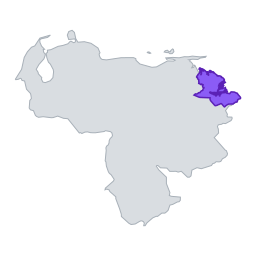 Venezuela, with Delta Amacuro highlighted
{"feature_id": "VEN-65", "entity_name": "Delta Amacuro", "entity_type": "State", "adm_level": 1, "iso_a3": "VEN", "parent_name": "Venezuela", "parent_adm1": "", "projection": "orthographic", "projection_center": [-61.33, 8.902], "detail": "fine", "context": "in_parent", "style": "filled", "palette": "violet", "viewbox_px": 256, "rotation_deg": 0, "n_neighbors": 0, "source": "natural_earth", "source_scale": "10m", "svg_char_len": 8959}
<svg xmlns="http://www.w3.org/2000/svg" viewBox="0 0 256 256"><path d="M237.2,93.4L240.4,97.5L240.1,98.4L238.1,99.4L237.0,101.8L234.6,102.8L231.2,105.6L229.0,105.9L225.5,110.6L227.4,114.2L227.0,116.1L227.8,117.0L231.8,117.1L232.2,118.1L231.7,119.6L231.0,120.6L225.5,123.6L222.9,123.3L221.8,124.2L218.3,124.8L217.4,126.6L218.3,129.0L218.6,133.0L214.2,137.6L225.2,150.1L226.4,150.7L227.5,153.6L227.1,155.3L225.2,157.3L222.4,158.8L220.8,161.4L219.1,161.9L216.1,161.7L214.6,163.1L212.7,163.6L211.5,165.5L201.3,168.7L197.0,167.7L191.9,170.1L191.0,175.9L189.4,177.2L187.5,177.2L181.3,171.3L178.1,172.1L176.0,171.3L169.8,171.4L166.9,168.1L160.4,167.8L157.9,165.5L156.8,165.5L156.3,166.2L158.8,169.9L166.4,177.2L166.4,183.6L169.9,192.6L169.3,195.5L171.3,196.3L180.4,197.1L180.3,200.3L179.1,201.7L177.3,202.0L172.7,204.4L169.9,205.1L168.1,210.3L166.6,211.8L164.9,213.1L161.8,213.1L157.6,216.4L156.2,216.3L152.7,217.9L147.0,222.8L145.1,225.7L143.7,225.7L144.3,223.1L143.5,221.7L142.2,221.0L141.0,220.8L139.4,221.5L135.2,224.0L131.1,224.5L128.9,223.3L121.4,216.5L121.3,214.2L119.6,208.8L115.8,198.7L115.8,196.8L109.9,191.6L109.0,189.8L106.5,189.1L105.0,189.8L105.4,188.1L113.5,181.0L114.2,179.4L111.1,174.7L109.4,173.4L108.4,171.8L106.4,166.1L105.9,161.8L105.2,160.9L106.2,150.3L105.9,148.0L106.5,146.2L108.1,145.0L109.0,143.1L109.2,140.6L110.2,138.5L111.9,136.9L112.5,135.3L111.8,132.7L110.4,131.6L105.5,130.7L104.2,131.5L95.2,132.8L90.8,132.7L87.5,131.9L84.9,132.1L81.9,133.5L80.4,132.6L79.3,133.0L67.8,118.7L63.5,118.3L57.7,116.1L53.1,117.6L51.2,117.7L43.1,116.7L38.6,117.3L36.7,116.5L35.4,115.4L33.5,110.7L30.4,109.8L29.2,108.0L29.8,100.5L31.4,98.5L30.9,95.1L30.5,93.5L26.5,89.2L24.6,81.0L22.0,80.4L21.2,78.6L20.4,78.3L18.2,79.3L15.8,79.7L15.4,79.2L21.6,69.3L24.2,57.5L27.4,51.8L31.5,47.2L34.8,45.9L39.9,38.1L50.4,35.1L47.6,37.4L41.3,38.8L39.8,39.7L39.9,42.3L41.6,46.2L44.6,49.3L43.2,49.5L43.7,52.3L45.2,54.1L45.2,55.3L43.9,58.9L39.0,64.4L36.2,69.3L38.1,72.3L38.3,73.8L41.8,77.6L41.4,79.1L42.9,82.1L45.3,82.6L50.2,80.8L52.9,77.7L53.6,71.7L53.2,69.5L50.4,64.2L48.4,62.1L46.8,57.5L46.1,53.3L47.5,52.4L47.4,50.2L50.8,49.7L58.2,46.3L62.7,45.5L67.9,43.8L70.2,41.4L71.0,41.2L73.7,42.7L75.0,42.2L75.6,41.1L74.9,38.9L68.7,39.5L67.3,35.1L68.8,31.5L72.1,30.3L74.4,32.4L75.8,38.8L77.9,42.2L84.4,41.7L91.0,43.3L98.0,48.0L100.0,52.8L99.1,54.0L99.5,56.0L100.5,58.1L102.0,59.4L106.5,59.9L121.1,57.7L133.4,57.6L135.8,58.6L136.0,60.3L139.9,64.0L151.9,67.3L156.5,66.9L167.6,60.9L173.5,61.1L175.2,60.2L173.1,59.2L168.2,58.8L166.7,59.4L165.8,57.9L172.9,57.4L179.2,57.8L184.3,56.7L188.3,56.8L192.4,56.1L200.1,56.9L206.1,56.3L205.4,57.3L200.2,58.1L197.8,59.5L192.5,59.2L188.9,59.8L190.0,60.2L190.0,61.7L191.1,62.0L192.6,63.9L193.0,65.4L191.7,67.8L193.2,67.6L194.1,66.8L194.1,65.1L194.9,65.4L198.7,72.5L200.4,70.8L201.5,71.8L201.5,69.2L202.8,69.2L205.6,71.0L208.5,75.1L208.0,72.0L210.3,71.9L210.9,70.6L215.6,75.0L220.5,76.3L224.2,79.6L223.4,81.3L221.3,82.1L220.4,83.1L218.7,88.4L216.6,92.5L210.4,92.6L215.7,95.8L217.5,94.4L220.2,94.4L224.1,92.7L229.5,93.4L231.8,92.0L234.7,92.2L237.2,93.4ZM173.4,49.5L173.9,51.7L172.2,53.6L169.9,53.7L168.2,52.4L167.2,52.7L164.2,52.0L165.1,50.8L167.3,50.2L169.0,51.6L170.4,51.7L170.7,50.6L172.6,48.9L173.4,49.5ZM223.1,86.6L219.8,88.4L219.6,86.7L222.2,84.6L223.3,85.8L223.1,86.6ZM150.7,53.1L149.8,53.5L147.3,52.6L147.9,51.9L149.2,52.0L150.7,53.1ZM223.8,83.4L221.7,84.0L222.3,82.7L224.4,82.1L225.2,82.3L223.8,83.4Z" fill="#d9dde1" stroke="#a8b0b8" stroke-width="1"/><path d="M237.2,93.2L238.2,94.7L240.0,96.7L240.6,97.8L240.6,98.1L240.4,98.5L240.1,98.8L238.6,99.1L238.3,99.3L237.7,99.8L237.5,100.1L237.6,100.7L237.4,101.0L237.2,101.6L237.1,101.9L236.8,102.1L235.8,102.1L235.4,102.2L234.5,103.0L233.7,103.3L233.1,104.0L228.4,104.1L228.0,104.4L227.5,104.6L225.7,105.8L225.3,106.3L224.7,106.8L224.4,106.9L224.2,106.8L221.5,103.7L221.3,103.6L220.4,103.7L219.7,104.3L219.3,104.4L218.6,104.5L218.1,104.8L217.7,104.9L217.4,105.2L216.7,105.4L215.9,105.6L215.5,105.7L215.0,105.6L214.2,104.8L210.6,100.7L210.1,99.6L210.0,99.2L210.1,97.8L199.9,97.4L198.8,97.1L194.0,95.1L194.7,94.4L195.1,94.2L195.4,93.9L195.6,93.9L196.3,94.0L196.7,94.0L197.9,93.4L198.2,93.1L198.3,92.9L198.6,92.7L200.0,92.6L200.5,91.7L201.0,91.2L201.5,90.8L202.0,90.7L202.6,90.4L202.8,90.3L202.9,90.0L202.9,89.2L203.8,88.2L203.9,87.9L203.9,87.5L203.1,87.4L202.8,87.1L202.6,86.7L202.6,86.3L202.7,85.9L203.1,85.0L203.1,84.7L202.5,84.5L201.9,84.8L201.8,84.7L201.6,84.1L200.8,84.5L200.5,84.5L200.2,84.2L199.8,83.9L199.6,83.5L198.8,83.4L198.7,83.4L198.7,83.1L198.9,82.4L198.9,81.8L198.8,81.6L198.7,81.1L198.7,79.7L197.8,79.0L197.6,78.7L197.4,77.6L196.8,77.3L196.6,77.1L196.6,76.8L196.7,76.6L197.0,76.0L197.7,75.3L197.9,74.6L198.6,73.8L198.6,73.6L198.7,73.8L199.2,73.3L199.5,72.7L200.0,71.5L200.0,70.9L199.8,69.8L199.8,69.2L200.1,69.5L200.4,69.8L201.0,71.0L201.1,71.4L201.1,73.8L200.9,74.5L200.4,74.9L201.0,74.7L201.3,74.2L201.5,73.4L201.4,71.3L201.3,70.9L200.8,69.9L202.1,70.1L202.4,70.8L202.6,70.8L203.4,71.0L203.6,71.0L203.6,70.9L203.3,70.7L202.6,70.5L202.1,69.9L201.8,69.8L201.6,69.7L200.6,69.7L200.4,69.6L200.1,69.4L200.4,68.7L200.8,68.5L202.2,68.8L203.0,69.2L203.6,69.5L205.3,70.8L205.6,71.1L206.1,71.8L206.9,72.3L206.9,72.7L207.2,73.1L207.0,73.7L206.7,74.4L206.6,74.7L207.2,73.8L207.4,72.9L207.7,72.9L208.3,73.9L208.3,74.2L208.3,75.7L208.5,75.3L208.6,74.9L208.5,74.0L208.2,73.4L208.0,72.9L207.4,72.6L206.9,71.7L207.6,71.7L208.2,71.8L209.5,72.2L210.9,72.5L211.2,72.3L211.1,72.1L210.7,71.6L210.2,71.3L210.1,71.0L209.9,71.0L209.7,70.8L209.6,70.6L210.1,70.5L211.0,71.0L212.8,72.2L213.7,73.3L213.6,72.8L213.2,72.3L213.1,72.0L212.6,71.8L212.4,71.5L212.7,71.7L213.2,71.8L213.4,71.9L215.1,73.7L216.8,75.0L217.0,75.6L217.3,76.0L217.6,75.9L217.3,75.5L217.7,75.5L218.6,76.1L218.9,75.9L219.0,75.9L219.9,75.9L220.5,76.2L221.1,76.4L221.4,76.6L221.5,76.9L221.3,76.9L221.3,76.7L221.3,77.4L221.4,77.5L221.8,77.4L222.1,77.4L222.8,77.8L223.1,78.0L223.7,78.8L223.8,79.1L224.2,79.2L224.4,80.0L224.4,80.4L224.2,80.8L224.1,80.5L223.9,80.4L223.7,81.1L223.3,81.3L222.9,81.5L222.3,81.6L222.0,81.8L221.8,82.1L221.3,82.3L220.4,83.2L220.0,83.3L219.7,83.5L219.3,84.0L218.9,85.1L219.1,85.0L219.4,84.8L219.7,84.1L221.0,82.9L221.5,82.7L221.5,83.0L221.1,83.5L221.0,84.1L220.7,84.4L220.7,84.8L220.1,85.2L219.6,85.8L219.1,86.4L218.8,87.4L218.8,87.7L218.9,88.2L218.6,88.9L217.8,90.2L217.5,91.0L217.4,91.8L217.3,92.4L216.9,92.7L216.1,92.7L214.9,92.4L212.0,92.6L211.3,92.4L210.6,92.0L210.3,92.0L210.0,92.1L209.7,92.3L209.7,92.6L209.9,92.8L210.7,93.3L211.5,93.5L211.8,93.8L212.4,93.7L212.9,94.2L213.3,94.3L213.5,94.6L213.8,94.6L214.8,94.5L215.2,95.3L215.8,95.7L216.0,96.0L216.5,95.6L216.8,95.4L216.9,94.9L217.7,94.3L218.1,94.3L219.2,94.3L220.0,94.2L220.3,94.2L220.4,94.5L220.1,94.7L219.5,94.8L219.3,95.1L219.3,95.7L219.4,95.8L219.6,95.9L219.6,95.3L219.7,95.0L219.9,94.8L220.4,94.8L220.6,94.3L220.9,94.0L221.0,93.1L221.2,92.9L221.5,93.1L222.2,92.9L225.9,92.5L226.2,92.7L226.6,93.0L227.0,93.3L228.4,93.4L229.5,93.7L229.8,93.6L230.0,93.2L230.4,92.8L230.8,92.1L231.3,91.9L234.2,92.1L234.9,92.3L235.5,92.6L236.5,93.1L237.2,93.2ZM220.8,88.8L222.4,88.6L222.7,88.5L223.1,88.0L224.5,88.0L225.3,87.6L225.3,87.8L225.2,88.0L225.3,88.2L225.5,88.2L225.6,88.7L225.8,89.0L226.0,89.3L225.4,89.8L225.0,89.8L224.6,90.1L224.1,90.9L224.0,91.3L223.3,91.9L222.7,91.9L222.1,91.9L221.3,92.0L220.7,91.9L219.2,92.0L218.2,92.6L217.9,92.6L218.0,90.9L218.2,90.5L218.7,89.9L219.2,89.5L219.8,89.2L220.8,88.8ZM220.5,92.4L220.8,92.5L220.9,92.9L220.7,93.3L220.3,93.5L219.9,93.3L219.9,93.5L220.1,93.9L218.7,94.1L216.9,94.0L216.2,94.0L216.7,93.3L217.0,93.0L217.4,92.9L217.8,93.1L218.3,93.5L218.7,93.7L218.4,93.4L218.5,93.2L219.1,92.5L219.3,92.4L220.5,92.4ZM222.1,85.3L222.5,85.2L222.9,85.3L223.5,85.7L223.0,85.9L223.3,86.3L223.0,86.8L222.6,87.2L221.9,87.7L219.6,88.7L219.2,88.8L220.5,87.8L221.1,86.9L221.2,86.4L221.8,85.9L221.9,85.4L222.1,85.3ZM214.2,92.9L214.6,93.0L215.5,93.0L215.7,93.3L215.7,94.0L215.9,94.2L216.4,94.5L216.4,95.0L216.1,95.1L215.9,95.0L215.5,94.7L215.3,94.3L215.1,94.1L214.1,94.1L213.5,94.0L212.9,93.5L212.6,93.4L212.3,93.3L211.7,93.1L211.8,93.0L212.8,93.1L213.4,93.1L213.8,92.8L214.2,92.9ZM224.8,90.5L225.3,90.5L226.2,89.8L226.3,89.8L226.0,90.3L226.0,90.7L226.2,91.0L226.4,91.1L227.3,91.1L227.4,91.3L227.2,91.9L226.6,91.9L226.2,91.8L225.9,91.8L225.6,91.9L224.8,91.9L224.6,92.0L224.0,92.0L224.0,91.8L224.8,90.5ZM219.3,87.6L219.2,87.4L219.5,86.4L219.6,86.1L220.7,85.8L221.7,84.6L221.9,84.5L222.3,84.4L223.2,84.1L223.2,84.6L223.0,84.9L222.9,85.0L222.3,85.1L222.0,85.1L221.7,85.3L220.3,86.6L220.0,87.3L219.3,87.6ZM222.9,83.8L222.6,84.1L221.8,84.4L221.4,84.6L221.7,84.0L221.8,83.0L222.3,82.6L222.9,82.5L223.2,82.5L223.4,82.7L223.3,83.0L223.2,83.3L222.9,83.9L222.9,83.8ZM223.8,82.3L224.4,81.9L224.8,81.8L225.3,82.5L225.1,82.6L224.6,82.5L224.2,82.8L223.9,83.4L223.7,83.7L223.4,83.8L223.6,82.6L223.8,82.3ZM200.0,67.9L200.2,68.3L200.1,68.6L199.8,68.9L199.1,69.1L199.1,68.9L199.3,68.4L199.6,68.0L200.0,67.9Z" fill="#8b5cf6" stroke="#5b21b6" stroke-width="1.5"/></svg>